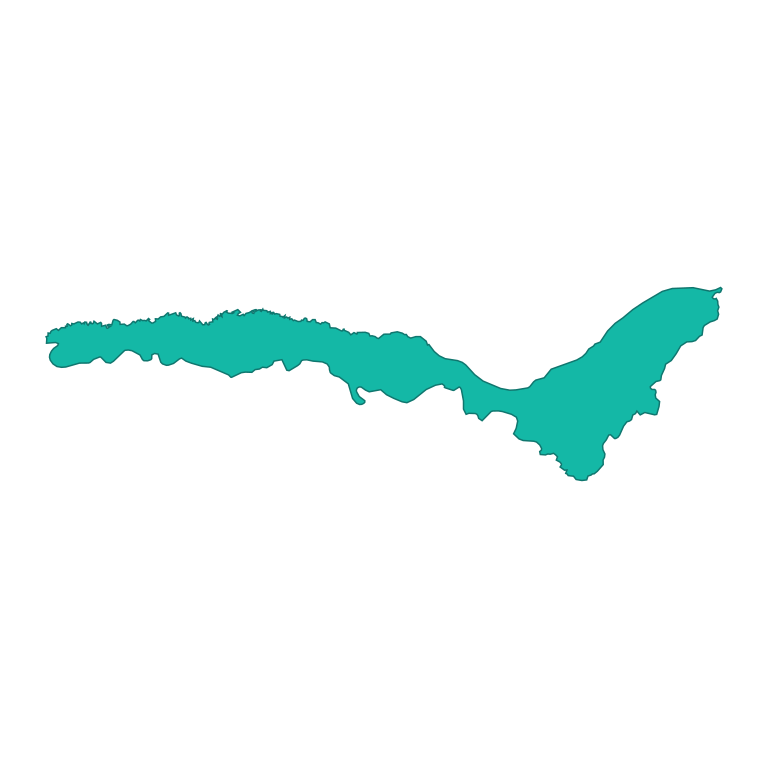 Las Golondrinas, Esmeraldas, Ecuador (Albers equal-area conic projection)
{"feature_id": "8360857B1829680752404", "entity_name": "Las Golondrinas", "entity_type": "district", "adm_level": 2, "iso_a3": "ECU", "parent_name": "Ecuador", "parent_adm1": "Esmeraldas", "projection": "albers", "projection_center": [-79.126, 0.309], "detail": "fine", "context": "isolated", "style": "filled", "palette": "teal", "viewbox_px": 768, "rotation_deg": 0, "n_neighbors": 0, "source": "geoboundaries", "source_scale": "gbopen_adm2", "svg_char_len": 6078}
<svg xmlns="http://www.w3.org/2000/svg" viewBox="0 0 768 768"><path d="M594.2,473.8L597.3,471.3L603.2,464.6L603.1,460.0L604.5,457.2L604.9,454.0L602.9,449.6L602.6,445.7L603.4,443.5L606.3,439.8L608.7,435.1L610.5,434.7L614.5,438.5L615.7,438.5L617.9,437.3L619.6,435.1L623.6,426.1L626.9,421.8L629.6,421.0L631.5,419.6L632.8,415.0L635.5,413.6L636.9,411.1L640.2,414.9L644.8,412.5L654.6,414.8L656.7,414.4L659.0,406.5L659.6,401.5L655.8,398.1L655.2,394.8L656.0,392.3L655.6,390.3L654.7,389.5L651.7,389.4L650.4,388.0L650.3,386.6L656.0,381.5L659.8,380.6L660.8,379.8L661.4,375.5L664.6,368.4L665.6,364.2L671.3,360.5L676.1,353.8L680.7,345.9L686.8,341.9L692.1,341.6L695.6,340.5L699.5,336.3L702.1,335.0L703.1,327.6L704.4,325.5L710.2,321.9L714.3,320.6L717.2,319.0L718.6,314.2L717.6,310.8L718.9,307.1L717.9,304.4L717.7,301.1L716.2,298.4L715.2,299.0L713.4,298.7L712.2,297.2L715.0,293.3L717.2,292.3L719.4,292.6L720.6,291.9L721.9,288.8L720.6,287.5L715.7,289.8L709.6,291.1L693.1,287.7L672.3,288.5L662.3,291.4L642.8,302.9L632.8,309.6L622.9,317.9L615.2,323.3L607.6,331.0L600.2,342.1L594.9,344.1L593.6,346.0L588.8,349.0L585.9,353.4L582.3,356.8L576.8,360.0L551.2,369.2L544.2,377.8L535.8,380.1L533.6,381.9L529.8,386.7L527.8,387.9L515.9,389.9L509.8,390.2L500.7,388.5L483.1,381.1L474.7,374.7L465.8,365.0L462.3,362.4L457.5,360.6L445.2,358.7L439.2,355.8L434.2,351.5L428.9,344.5L427.5,345.0L426.2,341.2L420.4,336.6L415.9,336.6L410.7,338.1L407.8,336.7L406.3,334.5L404.5,334.6L402.4,333.2L397.3,331.8L391.1,332.9L390.2,334.1L383.9,334.2L378.6,338.5L377.1,338.1L375.1,336.6L372.1,335.8L370.0,336.0L368.8,333.4L365.2,332.3L357.3,332.5L357.3,333.7L356.6,334.0L354.0,332.6L350.8,334.8L348.7,332.3L344.4,330.4L344.0,329.1L343.2,329.3L342.6,330.8L341.4,330.9L335.8,328.1L330.2,327.8L329.3,323.9L325.1,321.9L323.7,322.8L322.1,322.6L320.6,324.1L317.9,322.7L316.3,322.6L315.1,319.6L312.6,319.6L310.1,321.8L307.2,321.4L306.7,318.8L305.7,318.1L304.4,318.3L303.0,320.4L301.5,320.1L300.8,321.4L298.0,321.5L294.5,320.1L293.3,320.6L291.8,318.8L289.7,319.4L289.8,317.2L287.9,318.1L286.7,317.0L284.5,317.9L285.0,315.5L282.9,317.2L282.2,316.5L280.1,316.3L279.7,314.4L276.2,313.6L274.7,314.1L273.7,312.5L272.4,314.0L271.9,313.8L272.5,312.7L272.1,312.4L270.4,313.5L270.3,311.4L267.6,312.1L266.8,310.7L263.2,310.3L262.8,309.1L261.3,311.4L260.5,311.0L260.7,309.8L258.1,310.0L255.9,311.2L256.1,309.7L255.2,309.7L252.6,310.6L254.2,311.9L253.8,313.4L252.4,313.1L251.6,311.1L249.2,312.6L246.0,313.4L244.1,315.6L243.2,314.3L239.8,315.9L237.4,315.2L238.3,313.6L240.5,312.3L237.8,309.6L232.3,312.1L233.7,312.8L232.4,313.5L228.4,313.2L226.5,312.2L227.2,310.9L226.8,310.7L223.8,312.3L222.3,314.1L220.5,313.6L220.3,314.2L221.9,315.8L222.0,316.8L220.4,315.5L219.5,316.3L218.1,315.0L217.5,316.4L216.1,317.3L217.6,318.1L217.3,319.3L215.2,318.2L213.9,319.5L212.6,319.0L212.8,321.8L209.3,322.4L208.9,323.3L209.5,324.4L208.5,325.0L207.6,324.6L206.1,322.4L205.3,322.7L204.7,324.6L202.8,324.8L199.5,320.9L198.9,322.4L198.0,322.8L195.7,322.3L194.8,320.6L192.9,321.0L193.3,318.6L190.8,320.0L190.7,318.3L188.7,318.7L188.5,317.9L187.0,316.9L185.4,318.1L185.0,317.1L181.5,316.2L180.9,313.6L180.0,312.7L179.3,313.1L179.3,315.6L178.7,316.0L176.5,314.9L175.7,312.8L168.6,315.3L168.6,313.1L167.7,312.9L163.9,316.4L160.6,316.9L158.2,319.0L155.4,318.8L155.6,321.4L152.9,323.0L151.6,323.0L148.8,320.8L148.6,320.3L149.6,319.4L148.5,318.5L146.2,320.9L144.5,320.4L142.6,320.6L140.4,319.5L139.8,321.0L138.7,320.2L137.7,320.3L135.3,322.8L133.9,321.5L133.1,321.5L130.6,324.2L127.8,325.7L126.6,325.7L124.3,324.1L120.1,324.4L119.9,322.0L117.3,320.3L114.0,319.5L113.1,320.3L111.8,324.8L108.8,324.4L107.5,324.9L107.7,326.0L110.3,326.4L107.5,328.3L106.7,328.0L105.7,325.2L101.6,326.3L101.5,323.3L100.7,322.4L97.4,323.9L94.0,321.2L93.2,323.4L92.4,323.8L90.5,323.2L90.9,322.3L90.2,322.0L87.8,325.9L88.1,324.4L86.7,323.8L86.6,322.3L84.8,322.0L84.1,323.8L83.5,322.9L81.6,323.9L80.2,322.2L78.0,322.0L73.9,323.9L71.8,323.5L71.8,324.9L70.6,325.8L67.7,323.8L66.9,324.4L67.1,326.3L65.5,326.2L65.5,327.7L61.3,327.7L58.4,330.4L56.3,328.7L52.3,330.3L51.0,331.3L50.1,333.3L48.1,333.0L48.0,336.1L46.1,336.7L46.8,338.5L46.5,343.2L55.6,342.5L58.4,343.6L57.7,345.6L53.7,348.4L51.4,351.2L49.8,354.6L49.5,357.2L50.3,360.2L53.0,363.9L56.9,366.5L61.5,367.3L65.8,367.0L79.5,363.1L88.5,363.0L90.0,362.5L93.7,359.3L99.9,356.9L100.9,357.2L106.0,362.4L110.5,363.1L113.5,361.2L124.1,351.0L125.0,350.3L128.3,350.0L132.0,350.7L140.0,355.0L142.5,359.6L143.9,360.7L147.7,360.8L150.8,359.7L151.7,358.7L151.8,354.9L154.5,353.5L158.1,354.1L160.8,362.2L162.5,363.9L166.4,365.3L168.6,365.1L173.6,363.4L179.6,358.8L181.6,358.1L185.9,361.1L191.5,363.2L202.2,366.3L210.7,367.2L228.6,374.9L230.8,377.2L231.6,377.3L241.3,372.7L245.3,372.1L251.9,372.3L255.1,369.6L259.5,369.0L262.4,367.2L266.8,367.7L272.2,364.6L274.0,361.1L281.9,359.7L286.8,370.2L289.1,370.7L297.6,365.6L299.8,363.8L301.6,360.6L303.2,360.0L306.8,359.8L313.0,361.1L322.4,361.9L327.2,364.0L329.3,367.1L329.5,369.8L330.3,372.5L331.1,373.3L334.3,375.6L339.3,377.0L348.3,383.8L352.6,398.5L356.6,403.2L359.6,404.5L361.8,404.3L363.8,403.3L364.8,402.2L364.8,400.7L359.2,396.5L356.7,392.0L356.3,390.5L356.8,388.9L357.5,387.8L359.4,386.9L361.3,387.1L365.5,390.1L369.2,391.8L380.7,389.7L386.5,394.7L393.9,398.4L402.1,401.8L406.9,402.7L413.8,399.5L426.2,389.5L435.5,385.2L442.1,383.9L444.1,385.4L444.7,386.2L444.4,387.3L445.2,387.8L452.8,390.3L453.8,390.4L459.2,387.0L460.2,387.5L461.4,389.6L463.5,400.9L463.5,409.1L466.1,414.3L468.9,413.3L475.2,413.5L476.7,414.1L477.8,415.5L478.7,418.4L482.1,420.7L491.2,411.5L492.8,411.0L498.4,410.9L502.3,411.5L511.5,414.3L516.4,417.2L517.7,421.1L516.2,428.3L513.6,433.8L519.0,438.9L523.1,440.5L533.7,441.2L536.5,442.0L539.8,445.0L541.6,448.5L541.3,450.3L539.7,451.5L540.3,454.5L545.5,454.9L547.7,454.0L550.3,454.2L553.6,453.3L555.6,454.8L557.5,456.8L556.3,460.1L560.0,462.1L561.4,463.9L561.4,465.0L560.1,467.0L564.5,470.2L567.0,470.0L565.7,473.4L567.1,474.0L568.2,475.6L573.5,476.2L576.1,479.5L581.9,480.5L586.7,479.9L588.0,476.0L591.0,475.1L592.5,473.9L594.2,473.8Z" fill="#14b8a6" stroke="#0f766e" stroke-width="1.5"/></svg>